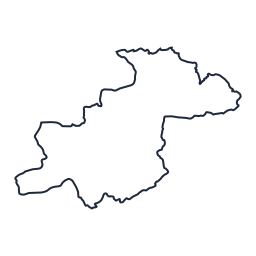 the border of Ghor
{"feature_id": "AFG-1747", "entity_name": "Ghor", "entity_type": "Province", "adm_level": 1, "iso_a3": "AFG", "parent_name": "Afghanistan", "parent_adm1": "", "projection": "natural_earth1", "projection_center": [65.091, 34.196], "detail": "fine", "context": "isolated", "style": "outline", "palette": "slate", "viewbox_px": 256, "rotation_deg": 0, "n_neighbors": 0, "source": "natural_earth", "source_scale": "10m", "svg_char_len": 5777}
<svg xmlns="http://www.w3.org/2000/svg" viewBox="0 0 256 256"><path d="M215.6,74.2L218.4,74.8L220.1,75.6L225.1,79.4L226.5,81.1L228.6,83.3L229.2,85.5L229.5,86.3L230.1,87.3L230.6,87.9L232.2,88.8L232.9,89.5L232.2,90.6L232.2,91.2L232.3,91.3L233.2,91.0L234.4,91.6L234.8,91.7L236.2,91.4L238.7,92.9L240.1,94.3L240.4,94.9L240.6,96.1L240.6,96.6L240.4,97.1L239.1,98.9L237.3,100.5L237.1,101.0L236.8,102.8L237.1,104.0L237.4,104.3L238.5,105.3L238.4,106.1L234.7,109.4L233.9,109.9L233.3,110.2L231.4,109.6L230.9,109.6L227.6,110.5L227.0,110.8L223.3,113.5L221.9,113.0L214.3,114.2L213.4,114.5L212.8,114.2L211.7,113.3L210.5,112.8L207.3,112.2L206.6,112.2L206.1,112.4L205.5,113.7L204.2,115.1L203.1,115.8L202.5,115.9L200.9,115.6L198.7,116.1L197.0,115.8L194.3,115.8L192.9,117.4L191.1,118.4L190.4,118.6L189.7,118.6L185.9,117.9L177.8,117.3L173.2,116.5L170.9,116.3L165.3,116.5L164.6,116.8L164.0,119.2L164.0,120.4L164.0,121.0L163.0,123.8L162.5,126.7L162.5,127.8L162.9,128.4L163.1,128.7L163.0,129.1L162.3,130.6L162.2,131.1L162.2,132.5L161.5,135.1L161.4,137.0L161.4,137.3L161.8,137.7L162.1,138.1L162.7,139.7L163.1,140.0L164.2,140.1L164.5,140.6L164.9,142.9L164.6,144.7L164.1,145.5L163.4,145.9L162.4,147.3L162.1,148.7L161.5,149.8L159.9,150.0L157.8,151.3L157.3,152.0L157.2,152.7L157.5,153.7L157.7,154.7L157.9,155.1L159.7,156.4L160.0,156.8L160.3,157.8L160.7,158.1L161.8,158.6L162.6,159.6L163.0,160.4L163.9,166.8L164.4,168.0L165.7,168.6L166.7,169.5L167.5,170.4L167.9,171.1L168.1,171.9L168.1,172.3L167.9,172.6L166.4,173.8L164.3,174.9L162.2,176.8L160.4,179.1L158.4,180.8L158.0,181.3L157.6,181.5L156.4,181.7L156.1,182.0L155.1,183.7L155.1,183.9L155.5,184.3L155.5,184.5L155.5,185.8L153.1,187.1L151.9,187.5L150.2,187.9L148.9,188.4L146.3,190.4L144.0,190.2L142.6,190.4L140.0,192.2L138.9,193.1L137.9,194.2L132.6,196.8L132.3,197.1L130.7,198.3L130.1,198.9L129.6,199.2L129.1,199.2L128.0,199.0L127.0,198.4L126.7,198.3L126.2,198.5L125.4,199.2L123.0,201.9L121.8,202.4L120.5,202.3L120.0,201.7L119.9,199.9L119.6,199.1L118.9,199.2L116.1,200.6L114.2,199.1L113.8,198.2L113.6,197.3L113.4,196.8L112.3,196.4L110.2,196.3L109.4,196.5L109.0,196.4L107.8,195.7L107.2,195.0L106.7,193.8L106.4,193.6L105.5,193.4L104.5,193.7L103.8,194.4L102.4,198.2L101.5,199.8L100.9,200.6L99.5,201.8L98.3,202.5L97.3,203.0L95.6,203.4L94.9,204.0L95.0,204.5L96.5,206.2L96.6,206.5L96.4,206.9L95.6,207.3L93.4,207.5L92.1,208.4L91.8,208.4L89.2,206.9L87.8,205.5L87.4,205.3L87.0,205.3L85.9,205.7L85.5,205.3L85.0,204.6L83.3,200.9L82.8,200.3L81.7,199.3L81.3,198.2L81.1,197.8L80.7,197.6L80.0,197.6L79.5,197.4L78.7,197.0L78.5,196.8L78.3,196.4L78.3,194.6L78.1,193.3L78.2,192.1L76.1,186.9L72.7,181.1L71.7,180.1L69.4,178.9L67.9,179.1L65.2,180.4L63.1,182.1L61.9,183.6L61.0,185.2L60.2,185.8L59.2,186.2L55.1,186.7L52.5,187.3L50.6,188.1L49.4,188.9L47.0,190.8L44.6,191.8L41.4,192.5L29.0,193.0L24.4,194.5L23.5,194.6L21.5,194.5L19.5,193.7L19.1,192.3L18.9,189.5L18.9,188.0L18.6,186.8L18.2,185.8L16.9,184.0L16.5,183.1L16.3,182.3L16.7,181.0L16.5,180.3L16.3,179.9L15.5,179.1L15.4,178.8L15.4,178.1L15.6,177.7L16.4,176.8L18.9,174.9L21.3,173.8L22.4,173.5L23.2,173.1L24.2,172.4L24.8,171.7L25.8,171.3L32.6,169.3L38.5,168.7L40.2,168.2L41.6,167.1L42.5,165.1L42.4,164.0L41.6,161.0L41.9,160.1L42.6,159.4L44.4,159.1L45.7,158.4L46.3,158.0L46.6,157.4L46.6,156.8L46.0,155.7L44.2,153.9L43.9,153.4L43.1,150.2L42.6,149.2L41.9,148.1L40.7,146.7L38.3,144.5L38.1,144.0L37.6,142.2L37.3,141.3L34.9,137.1L34.8,136.4L35.1,135.5L38.6,130.1L40.3,126.9L41.3,122.5L51.3,122.1L56.4,122.5L59.1,123.5L61.0,124.8L62.0,125.9L63.0,126.2L70.7,126.3L71.6,125.9L72.0,125.0L72.5,124.3L75.9,125.9L76.3,125.9L77.4,125.8L79.3,125.8L80.4,125.0L81.3,124.0L82.2,123.4L82.8,123.2L83.6,123.2L84.0,122.9L84.4,122.3L84.8,121.1L84.9,120.2L84.8,119.6L84.6,119.0L83.6,117.6L83.6,117.2L84.0,115.8L84.1,115.3L83.9,113.5L84.1,111.6L83.8,108.8L84.0,107.8L84.2,107.5L84.6,107.2L86.0,106.7L88.9,107.1L90.5,106.9L92.0,105.7L92.7,105.5L94.0,105.3L96.8,103.7L97.5,103.9L98.1,105.1L98.6,105.8L100.8,106.2L101.2,106.1L101.4,105.8L101.5,105.2L101.4,104.1L100.4,101.9L100.1,100.7L100.1,98.7L101.2,92.4L101.5,91.3L102.4,90.2L103.1,89.8L104.4,89.4L111.8,89.7L113.3,90.4L115.3,90.6L116.0,90.4L120.0,88.4L130.9,85.3L132.7,84.4L133.1,83.9L133.6,83.5L134.4,81.8L135.1,79.0L135.0,76.3L135.8,72.3L135.7,71.5L135.2,70.6L134.2,69.1L133.7,68.2L133.4,67.4L133.4,66.7L132.9,65.8L132.1,64.8L128.4,62.1L127.9,61.6L126.4,59.3L124.9,57.7L124.3,57.3L123.6,57.1L122.1,57.2L121.7,57.1L118.7,55.3L117.8,54.3L116.6,51.8L121.2,50.2L124.1,49.8L125.2,50.0L126.5,51.4L127.2,51.7L127.6,51.8L128.1,51.7L132.6,50.0L133.1,49.9L133.5,49.9L133.6,50.0L133.6,50.9L133.7,51.2L134.0,51.3L136.4,50.7L139.4,48.9L140.4,48.5L141.0,48.5L141.4,48.7L142.8,49.5L144.0,50.4L145.1,50.9L146.0,50.7L147.0,49.8L147.7,49.9L148.3,50.5L148.9,51.6L148.9,52.1L148.5,53.0L148.6,53.3L149.1,53.7L150.7,53.0L151.0,53.0L152.2,53.7L153.1,53.6L156.1,52.5L158.3,50.2L160.3,48.7L160.9,49.8L161.5,50.1L165.1,50.0L167.5,49.5L167.9,49.3L168.6,48.6L169.1,48.3L171.1,47.6L171.8,47.6L171.6,48.7L171.8,49.3L172.1,49.7L173.6,50.6L174.0,51.2L174.2,52.1L174.5,52.5L175.5,52.7L177.1,53.4L178.3,53.2L178.6,53.3L178.8,53.8L178.7,55.2L179.0,56.4L180.1,58.5L180.8,59.3L181.3,59.6L181.7,59.9L188.0,62.1L189.9,62.3L192.9,62.9L193.3,62.9L193.7,62.7L194.2,62.6L195.0,62.7L195.8,63.0L196.2,63.7L196.5,64.5L196.5,66.7L196.2,67.5L195.2,68.1L195.2,68.4L195.3,68.8L196.7,70.0L195.9,71.4L196.0,71.9L197.0,72.2L197.5,72.7L198.4,74.4L200.1,80.6L200.2,81.0L199.7,82.3L199.6,83.4L200.0,83.9L200.4,83.7L201.0,83.1L202.6,81.1L202.9,80.8L203.8,80.6L204.1,80.4L204.2,80.0L204.1,79.2L204.3,78.8L204.7,78.5L206.0,78.4L206.3,78.1L206.5,77.0L207.8,76.6L208.1,76.3L208.1,76.0L207.9,75.4L207.8,74.9L207.9,74.3L208.1,74.0L208.6,73.8L208.8,73.7L210.8,74.8L211.6,75.0L213.2,75.2L213.9,75.0L215.6,74.2Z" fill="none" stroke="#1e293b" stroke-width="2"/></svg>